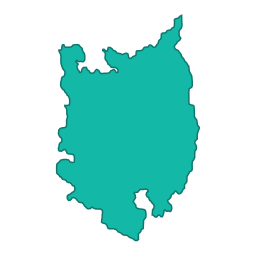 Kinneret, HaZafon, Israel (Equal Earth projection)
{"feature_id": "584046B15624900320210", "entity_name": "Kinneret", "entity_type": "district", "adm_level": 2, "iso_a3": "ISR", "parent_name": "Israel", "parent_adm1": "HaZafon", "projection": "equal_earth", "projection_center": [35.507, 32.776], "detail": "fine", "context": "isolated", "style": "filled", "palette": "teal", "viewbox_px": 256, "rotation_deg": 0, "n_neighbors": 0, "source": "geoboundaries", "source_scale": "gbopen_adm2", "svg_char_len": 5695}
<svg xmlns="http://www.w3.org/2000/svg" viewBox="0 0 256 256"><path d="M58.9,50.1L59.0,51.1L59.4,52.0L60.3,53.6L61.0,56.0L60.9,59.5L61.0,63.0L61.5,65.2L62.2,67.1L63.2,69.4L64.3,70.5L65.0,71.8L64.9,73.6L64.6,75.1L63.9,76.3L62.2,77.1L61.7,78.1L61.4,79.9L60.8,82.3L60.6,85.2L61.1,86.9L62.8,89.5L64.2,90.2L64.7,91.5L65.5,92.8L66.6,93.4L67.0,95.0L68.4,96.0L69.1,97.7L69.6,99.1L69.7,101.8L69.5,104.1L69.3,105.0L66.7,105.5L64.8,105.4L64.8,106.1L65.4,107.1L66.2,108.0L66.6,109.1L66.8,110.2L66.9,114.6L67.6,116.0L67.3,117.7L66.6,119.7L66.6,121.7L66.6,124.0L66.5,125.9L66.0,126.9L64.5,127.7L62.0,127.9L60.2,128.5L58.9,129.9L58.4,133.4L59.2,135.7L60.1,137.0L61.1,137.7L61.9,139.7L61.6,141.9L60.0,142.9L59.2,144.4L58.9,147.0L58.4,148.1L58.7,150.5L59.7,151.1L61.7,151.1L63.3,150.0L64.2,149.4L65.5,150.0L66.2,151.1L67.0,153.1L68.3,153.9L72.3,154.2L73.5,154.8L74.4,156.6L74.4,160.7L74.1,162.1L72.6,162.6L70.1,161.9L68.6,160.0L66.6,159.5L63.5,159.5L60.6,160.2L58.9,162.3L57.1,163.7L56.7,165.4L56.6,168.0L56.7,173.0L57.7,174.2L58.9,175.0L60.1,176.9L61.3,177.1L62.0,178.6L62.5,179.2L65.4,180.0L66.1,180.5L67.0,181.9L68.2,182.5L70.0,182.7L71.3,183.7L72.5,185.6L74.3,186.0L74.8,188.0L74.9,189.6L74.0,191.5L71.9,192.6L70.5,194.1L69.4,194.4L68.3,194.9L67.2,196.2L67.3,198.6L68.5,200.4L70.1,200.3L71.5,199.0L72.1,197.8L72.9,197.6L74.6,197.8L76.1,198.8L77.0,200.1L78.9,202.1L80.7,202.6L82.2,202.6L83.3,203.8L84.6,206.0L85.7,207.0L86.7,208.0L87.8,208.8L90.4,208.6L91.4,207.5L92.2,207.2L93.4,208.1L95.6,208.9L100.7,209.1L102.3,210.3L102.6,211.8L102.2,215.3L102.2,217.3L101.6,220.7L101.6,222.2L102.4,222.9L104.6,223.4L105.8,224.0L107.1,225.5L107.3,226.3L107.7,227.8L108.4,228.6L109.8,228.8L113.6,228.7L116.4,229.7L117.4,230.9L118.1,231.8L121.0,233.0L122.1,234.2L123.6,235.0L125.6,235.2L127.0,235.2L129.6,237.4L131.8,238.2L133.3,238.9L135.0,240.4L136.9,240.6L138.5,239.5L138.4,236.3L138.4,233.9L139.1,233.1L140.2,232.3L140.8,231.2L141.4,229.3L142.7,229.0L143.2,228.3L143.3,226.6L143.5,222.9L143.6,220.3L144.3,219.3L145.8,217.4L146.0,215.5L145.9,212.9L145.4,210.5L144.5,209.7L143.0,209.3L139.2,208.9L137.2,208.3L136.0,207.1L135.7,205.0L134.5,203.6L133.3,201.6L133.7,200.5L135.0,198.7L135.6,197.4L135.1,194.8L134.1,193.5L134.3,192.6L137.7,192.2L139.1,190.5L140.3,189.4L142.9,189.5L145.8,189.1L147.7,189.7L148.1,191.4L146.7,192.5L146.2,194.9L147.3,196.9L148.7,197.5L149.2,199.5L149.8,200.5L151.0,201.2L151.7,202.6L153.0,203.8L154.3,206.0L153.8,208.3L152.6,209.7L152.2,215.0L152.8,215.0L155.4,217.1L156.3,217.1L157.2,216.5L158.2,215.2L159.6,215.2L160.8,216.6L162.1,216.8L162.9,215.7L163.7,212.8L164.0,211.4L164.1,210.2L165.2,210.0L166.2,211.2L167.3,211.2L167.8,210.9L170.1,211.5L171.1,210.8L171.7,208.8L171.7,207.0L171.1,205.1L168.8,203.0L168.0,201.9L167.5,200.6L168.1,199.8L169.1,199.1L170.7,197.5L171.1,196.2L171.2,195.2L172.1,194.2L173.1,193.9L174.1,192.8L175.0,191.4L175.9,191.0L176.9,192.2L178.4,193.8L179.9,193.7L181.6,192.4L182.8,189.8L183.6,188.9L184.5,188.4L184.5,187.2L184.5,184.6L185.7,183.3L186.8,181.7L187.0,176.4L187.9,174.9L188.9,173.4L189.5,171.9L191.0,171.2L191.9,170.4L192.2,168.9L192.1,163.5L192.5,161.2L193.7,159.8L194.7,157.3L194.7,153.8L194.9,151.1L196.3,149.2L196.5,146.9L195.9,145.0L194.9,143.6L194.8,141.8L196.3,139.9L197.2,139.0L197.2,134.6L198.0,131.5L198.7,129.8L199.4,127.9L198.8,126.6L197.5,125.2L196.8,120.2L196.1,119.1L194.4,117.0L194.4,112.6L194.0,106.2L193.1,105.3L191.2,105.0L189.0,103.9L188.9,102.8L188.8,91.7L189.2,88.6L190.9,87.8L191.8,87.0L192.3,85.6L192.2,81.4L191.8,76.3L191.1,74.7L189.9,72.4L189.2,70.9L189.0,68.3L188.7,66.2L187.4,64.5L186.7,63.0L185.6,62.0L184.8,61.4L184.3,60.0L183.5,58.5L182.3,57.5L181.7,56.4L180.9,54.2L180.1,53.0L179.1,52.1L178.5,50.7L177.0,50.0L175.2,49.0L174.5,47.6L174.5,45.8L175.5,44.5L176.8,43.2L176.9,42.5L177.3,41.8L178.5,41.1L179.9,39.9L180.8,38.3L180.0,37.1L179.3,36.0L179.0,32.6L179.2,30.8L180.1,29.4L181.1,28.5L181.8,26.7L182.0,24.6L181.7,20.5L181.6,15.4L179.9,16.3L178.0,18.3L176.5,18.5L175.1,19.0L174.3,20.0L174.5,21.9L174.4,25.4L174.1,27.0L171.8,28.3L171.0,29.6L170.0,30.1L168.5,30.2L167.1,30.7L165.7,32.8L164.1,33.0L162.5,33.0L161.3,34.1L161.3,36.2L161.1,37.8L160.7,39.0L159.8,39.7L158.8,40.7L157.9,43.8L156.9,44.6L156.2,45.8L155.0,47.1L154.0,47.4L152.8,46.8L151.6,45.5L150.0,44.9L149.0,45.5L148.0,47.0L144.8,47.2L143.8,47.9L142.5,50.1L140.1,50.7L137.0,50.8L136.3,51.4L136.0,55.0L134.7,56.0L132.9,56.5L132.2,57.3L131.0,58.4L129.1,58.2L128.7,57.3L127.9,53.9L126.8,53.3L125.4,53.3L123.7,54.0L122.6,54.6L122.1,54.6L121.2,53.9L120.1,53.6L117.9,53.2L116.9,53.0L115.9,51.6L115.0,50.9L113.6,50.5L112.8,49.8L111.9,48.6L110.0,47.4L108.8,47.4L108.1,47.8L107.7,49.9L107.1,51.2L106.7,51.3L105.5,50.6L104.0,49.3L102.8,49.4L102.7,50.5L104.2,51.7L105.1,52.8L105.4,54.5L105.0,57.6L105.4,59.6L107.4,62.0L107.9,64.0L108.6,64.5L109.7,65.1L111.1,67.2L112.5,67.4L115.5,67.5L117.2,68.7L118.1,70.3L117.8,72.2L116.9,72.6L116.1,72.4L115.5,71.1L114.1,69.5L113.1,69.6L112.1,70.3L110.7,70.8L109.9,72.2L109.2,72.9L106.7,73.3L104.2,73.3L101.3,73.6L99.9,72.7L99.2,71.1L98.1,70.1L96.8,69.4L95.6,70.2L94.5,72.0L93.3,73.2L91.4,73.1L90.6,72.9L89.7,72.3L89.5,71.4L88.7,70.6L87.5,70.0L86.9,68.8L86.4,67.4L84.8,67.4L83.4,67.5L82.5,68.4L81.8,69.8L81.5,71.4L80.6,72.5L79.6,72.4L79.2,71.1L78.0,69.8L77.4,68.6L76.9,66.6L77.1,65.6L78.1,64.5L77.9,63.7L77.1,63.0L75.9,61.6L76.6,60.4L77.3,60.5L78.1,61.5L80.0,61.6L80.9,61.4L82.9,61.8L83.9,61.2L84.6,60.2L84.8,58.6L84.8,55.8L84.6,54.6L84.2,53.2L83.4,52.3L82.7,51.0L82.3,49.7L82.1,48.5L81.1,47.4L80.0,46.5L78.8,44.9L77.6,44.6L74.4,44.8L72.7,45.3L72.1,46.2L71.0,47.0L68.6,47.2L66.7,47.3L65.2,47.0L64.3,46.2L63.9,44.8L62.9,44.7L62.2,45.3L61.9,46.9L61.7,48.7L61.3,49.7L60.8,50.1L58.9,50.1Z" fill="#14b8a6" stroke="#0f766e" stroke-width="1.5"/></svg>